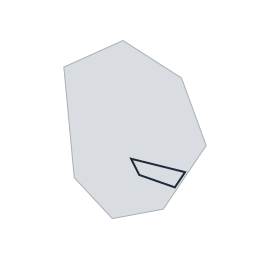 Ewa highlighted on a map of Nauru, rotated 145°
{"feature_id": "NRU-4977", "entity_name": "Ewa", "entity_type": "state/province", "adm_level": 1, "iso_a3": "NRU", "parent_name": "Nauru", "parent_adm1": "", "projection": "albers", "projection_center": [166.932, -0.502], "detail": "fine", "context": "in_parent", "style": "outline", "palette": "slate", "viewbox_px": 256, "rotation_deg": 145, "n_neighbors": 0, "source": "natural_earth", "source_scale": "10m", "svg_char_len": 374}
<svg xmlns="http://www.w3.org/2000/svg" viewBox="0 0 256 256"><g transform="rotate(145 128 128)"><path d="M200.5,118.2L145.6,214.7L82.0,202.6L55.5,138.3L74.0,68.8L145.6,41.3L192.8,62.8L200.5,118.2Z" fill="#d9dde1" stroke="#a8b0b8" stroke-width="1"/><path d="M106.6,59.1L123.7,52.5L145.7,83.1L143.1,101.0L106.6,59.1Z" fill="none" stroke="#1e293b" stroke-width="2"/></g></svg>